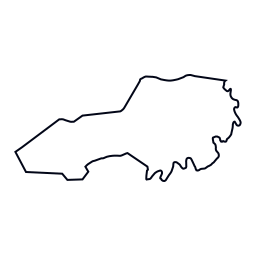 Cane, La Paz, Honduras (Robinson projection)
{"feature_id": "27666195B14338204727731", "entity_name": "Cane", "entity_type": "district", "adm_level": 2, "iso_a3": "HND", "parent_name": "Honduras", "parent_adm1": "La Paz", "projection": "robinson", "projection_center": [-87.651, 14.283], "detail": "fine", "context": "isolated", "style": "outline", "palette": "ink", "viewbox_px": 256, "rotation_deg": 0, "n_neighbors": 0, "source": "geoboundaries", "source_scale": "gbopen_adm2", "svg_char_len": 5774}
<svg xmlns="http://www.w3.org/2000/svg" viewBox="0 0 256 256"><path d="M197.3,170.5L197.7,170.5L198.0,170.5L198.3,170.4L198.7,170.2L199.1,170.1L199.3,170.0L199.8,169.5L200.0,169.4L200.4,169.2L200.9,169.0L201.2,168.9L201.8,168.8L204.1,168.6L204.6,168.5L205.0,168.4L205.4,168.2L207.7,166.5L208.6,166.1L209.3,165.8L210.0,165.4L210.6,165.0L211.0,164.8L211.5,164.3L212.2,163.5L212.7,163.1L213.6,162.5L213.9,162.2L214.7,161.2L216.8,158.7L217.2,158.3L217.6,157.9L217.8,157.8L218.3,157.2L218.5,156.8L218.7,156.3L218.8,156.0L218.8,155.6L218.8,155.0L218.7,154.3L218.5,153.6L218.2,153.0L216.4,150.9L216.2,150.5L216.0,150.1L215.9,149.6L215.8,148.9L215.8,148.3L215.9,147.4L215.8,146.7L215.7,145.8L215.4,144.7L215.2,144.3L214.3,143.4L213.6,142.8L213.5,142.7L213.4,142.6L213.3,141.7L213.0,140.2L212.9,139.5L212.8,138.8L212.8,138.4L212.9,137.8L213.0,137.6L213.8,137.3L215.0,136.8L215.7,136.5L216.1,136.5L216.6,136.5L217.0,136.5L217.4,136.6L218.0,136.9L218.7,137.2L219.4,137.6L219.6,137.8L219.7,138.0L220.1,139.3L220.2,139.8L220.3,140.5L220.7,140.7L220.8,140.8L220.9,141.0L221.0,141.4L221.0,141.5L221.4,141.7L221.7,141.7L222.2,141.7L222.5,141.6L222.6,141.4L222.8,141.2L223.2,141.1L223.6,141.2L224.1,141.5L224.5,141.6L224.9,141.7L225.4,141.7L225.6,141.7L225.8,141.6L226.0,141.5L226.1,141.4L226.3,141.1L226.4,140.9L226.6,140.4L226.7,139.9L226.8,139.7L227.0,139.2L227.2,138.9L227.6,138.6L228.5,137.9L229.0,137.4L230.2,135.9L230.8,135.0L231.2,134.4L231.3,133.7L231.9,131.0L232.5,128.4L232.7,127.1L232.8,125.6L232.8,124.7L232.9,124.3L233.1,123.5L233.2,123.1L233.4,122.6L233.7,122.1L234.0,121.9L234.3,121.7L234.5,121.7L234.6,121.8L234.8,121.8L234.9,122.0L236.6,124.9L236.9,125.2L237.2,125.3L237.4,125.5L237.8,125.6L238.3,125.7L238.7,125.6L239.1,125.5L239.5,125.3L239.8,125.0L240.0,124.7L240.2,124.3L240.4,123.8L240.5,123.4L240.6,123.0L240.6,122.6L240.6,122.3L240.5,121.8L240.1,120.8L239.6,119.8L238.5,118.0L237.8,116.9L237.0,115.9L236.5,115.2L236.0,114.4L235.6,113.7L235.1,112.7L234.5,111.2L234.3,110.3L234.1,109.7L234.1,109.3L234.1,109.0L234.2,108.6L234.2,108.4L234.4,108.1L234.6,107.7L234.8,107.5L235.1,107.3L235.4,107.1L235.8,107.1L236.1,107.2L236.5,107.4L237.3,107.5L237.5,107.4L237.8,107.1L238.0,106.6L238.2,106.1L238.3,105.3L238.3,104.5L238.3,103.7L238.3,103.0L238.1,102.3L238.0,101.7L237.8,101.3L237.6,100.9L237.2,100.6L236.9,100.3L236.4,100.1L235.2,99.9L233.7,99.4L233.3,99.2L232.6,98.8L232.3,98.4L231.9,98.1L231.5,97.6L231.2,97.0L230.8,96.3L230.6,95.7L230.5,95.2L230.4,94.4L230.4,94.0L230.4,93.6L230.7,91.4L230.9,90.1L230.9,89.7L230.8,89.3L230.8,89.1L230.7,89.0L230.6,88.9L230.4,88.9L230.1,89.0L228.8,90.5L228.2,91.0L227.8,91.2L227.6,91.2L227.4,91.2L227.1,91.1L226.8,91.0L226.3,90.6L225.8,90.2L224.9,89.4L224.2,88.7L223.8,88.2L223.6,87.9L223.3,87.5L223.3,87.4L223.3,87.2L224.2,84.3L224.2,84.1L224.1,83.7L224.1,83.4L224.1,83.0L224.2,82.6L224.4,82.0L224.6,81.5L225.0,81.0L225.5,80.6L194.7,76.1L193.7,75.8L191.4,75.2L190.7,75.0L190.4,75.0L189.4,75.0L188.3,75.1L187.5,75.2L186.7,75.4L186.0,75.6L184.6,76.4L184.2,76.7L183.4,77.2L183.1,77.3L178.1,79.2L176.0,79.7L173.0,80.3L171.4,80.5L170.4,80.6L169.7,80.6L168.8,80.6L166.7,80.4L164.2,80.0L162.2,79.6L161.0,79.4L160.3,79.1L156.2,77.4L154.4,77.1L152.4,76.8L151.6,76.8L149.6,76.7L147.7,76.6L146.7,76.5L146.3,76.5L146.0,76.5L145.5,76.6L144.9,76.8L144.3,77.1L143.6,77.4L143.1,77.7L142.4,78.2L141.2,78.7L140.6,79.1L140.4,79.2L140.3,79.3L140.1,79.7L139.9,80.8L139.6,81.5L137.5,85.2L124.2,107.9L123.2,109.2L121.3,110.8L120.2,111.4L119.1,111.5L82.5,115.6L73.9,121.7L71.3,121.8L70.2,121.7L68.6,121.2L65.7,120.3L63.3,119.4L61.9,119.2L60.6,119.3L59.3,119.3L22.1,147.2L15.4,151.9L26.0,172.0L62.2,173.7L67.4,179.9L82.5,179.4L88.3,171.7L85.4,166.7L86.1,166.0L86.5,165.5L88.0,164.2L91.4,162.0L91.9,161.7L92.5,161.3L93.5,161.0L94.4,160.8L94.8,160.7L100.9,158.5L101.6,158.3L102.1,158.3L102.7,158.3L103.1,158.3L103.6,158.1L104.0,158.0L105.3,157.4L107.1,156.7L108.1,156.5L109.3,156.2L110.8,156.0L112.3,155.8L113.8,155.7L114.9,155.7L117.1,155.7L117.7,155.7L119.5,155.8L119.9,155.8L120.4,155.8L121.0,155.6L121.5,155.5L126.3,153.4L127.5,153.1L147.4,166.6L147.8,168.9L147.9,169.7L147.0,170.6L146.9,171.5L146.4,175.7L146.3,177.9L146.3,178.7L146.3,179.0L146.4,179.3L146.5,179.4L146.6,179.5L147.1,179.4L149.1,179.1L149.7,179.0L150.1,178.8L150.5,178.5L150.8,178.1L151.3,177.6L151.9,176.6L154.2,173.9L154.8,173.2L155.3,172.8L155.9,172.4L156.5,172.0L157.0,171.7L157.6,171.4L158.7,171.0L159.3,170.8L159.9,170.6L160.2,170.5L160.5,170.5L160.8,170.6L161.1,170.8L161.4,171.0L161.6,171.3L161.8,171.6L161.9,172.0L162.0,172.5L162.0,172.9L162.0,173.4L161.9,173.8L161.1,175.6L160.4,177.2L160.3,177.6L160.3,177.9L160.3,178.2L160.3,178.4L160.4,178.5L160.7,178.6L160.9,178.7L161.0,178.8L161.2,179.0L161.5,179.6L161.7,180.0L161.9,180.1L162.1,180.3L162.8,180.7L163.1,180.9L163.4,180.9L163.9,181.0L164.4,181.0L164.9,180.8L165.2,180.6L165.5,180.4L165.8,180.1L166.0,179.8L168.9,175.2L170.2,173.5L170.8,172.6L171.2,171.9L171.4,171.6L171.6,171.1L172.3,169.1L173.1,166.7L173.2,166.4L173.3,165.0L173.4,163.8L173.6,162.9L173.8,162.6L174.1,162.4L174.5,162.2L174.8,162.1L175.1,162.1L175.5,162.1L175.9,162.1L176.4,162.3L176.9,162.5L177.2,162.7L178.5,163.7L179.5,164.4L179.8,164.7L181.4,167.2L182.3,168.1L183.0,168.6L183.3,168.7L184.3,168.5L185.0,168.2L185.6,167.9L185.8,167.8L186.0,167.6L186.1,167.3L186.2,166.9L186.3,166.6L186.2,163.0L186.2,161.8L186.1,161.3L186.2,160.7L186.4,159.8L186.5,159.3L186.7,158.9L186.8,158.7L187.2,158.3L187.5,158.1L187.8,158.0L188.3,157.9L188.7,157.9L189.1,157.9L189.5,158.0L189.9,158.0L190.3,158.2L190.6,158.3L190.8,158.5L191.0,158.7L191.7,159.9L192.8,162.2L194.2,165.2L194.5,166.0L195.0,166.6L195.1,166.9L195.3,167.3L195.6,168.5L195.9,169.3L196.0,169.5L196.4,169.8L196.5,170.1L196.5,170.3L196.8,170.4L197.3,170.5Z" fill="none" stroke="#020617" stroke-width="2"/></svg>